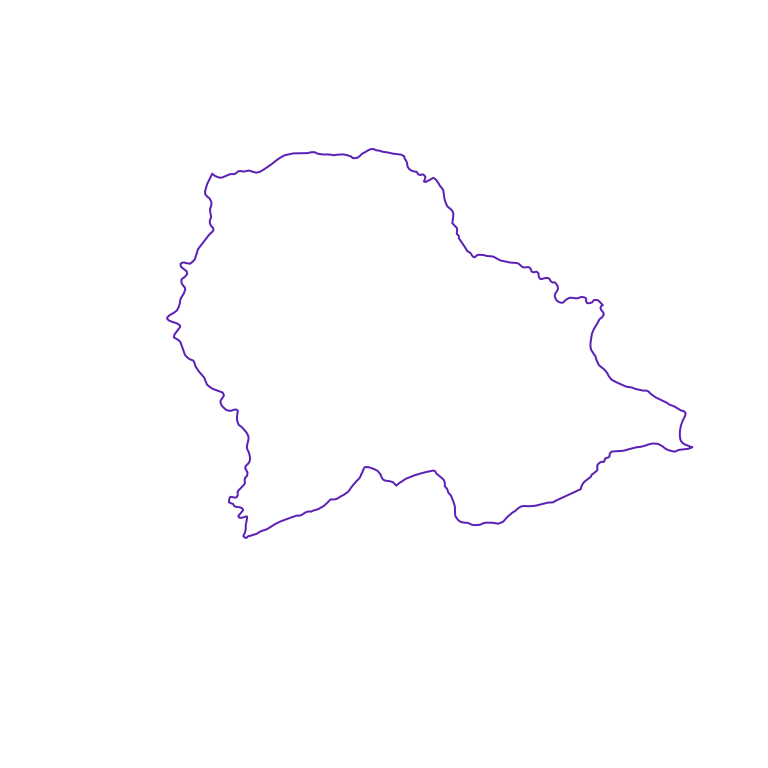 the district of Tununguá, Boyacá, Colombia, rotated 43°
{"feature_id": "7082276B59200745530827", "entity_name": "Tununguá", "entity_type": "district", "adm_level": 2, "iso_a3": "COL", "parent_name": "Colombia", "parent_adm1": "Boyacá", "projection": "natural_earth1", "projection_center": [-73.937, 5.716], "detail": "fine", "context": "isolated", "style": "outline", "palette": "violet", "viewbox_px": 768, "rotation_deg": 43, "n_neighbors": 0, "source": "geoboundaries", "source_scale": "gbopen_adm2", "svg_char_len": 6165}
<svg xmlns="http://www.w3.org/2000/svg" viewBox="0 0 768 768"><g transform="rotate(43 384 384)"><path d="M350.3,552.9L350.2,561.7L350.9,563.3L352.3,564.4L353.0,565.3L353.4,567.0L352.9,568.5L349.2,570.7L348.6,571.9L349.1,573.3L351.1,576.1L352.3,576.0L355.5,574.7L357.5,575.3L359.2,575.0L362.5,572.6L364.6,571.7L365.7,571.7L367.0,572.4L367.5,579.9L369.0,580.5L370.4,579.7L371.7,578.1L373.4,575.0L374.1,574.4L374.8,574.9L376.3,576.9L379.0,581.3L382.4,585.1L384.0,588.4L384.4,590.3L385.1,591.2L387.1,591.2L388.4,590.2L388.5,587.9L390.2,585.7L390.7,584.0L391.6,583.1L392.5,581.3L393.5,579.3L393.6,577.7L394.6,575.2L397.5,569.8L399.9,560.7L402.2,554.7L408.7,541.9L410.3,539.3L411.4,538.6L413.0,536.3L414.1,531.6L415.1,529.7L415.8,528.6L417.9,526.9L418.5,524.9L419.9,522.8L421.4,519.9L423.2,514.0L423.5,510.6L423.6,505.7L423.8,504.7L426.1,502.6L427.7,500.4L428.3,498.5L429.1,495.3L430.2,492.6L431.0,488.8L431.2,486.4L430.5,481.6L430.1,473.8L430.3,470.0L429.6,466.8L428.8,465.4L428.6,463.9L427.0,460.0L426.7,458.5L427.1,457.3L429.6,455.3L431.1,454.5L435.3,452.8L438.1,452.0L438.8,451.9L443.3,452.6L446.9,454.2L448.6,454.5L450.8,453.8L454.3,451.3L457.4,449.7L462.2,449.9L462.9,445.6L464.5,438.7L468.5,430.1L472.4,423.5L475.3,419.0L478.9,413.9L480.1,413.1L481.4,413.0L483.2,413.8L490.8,413.3L493.2,413.5L494.7,414.0L496.5,415.4L498.2,417.3L501.8,417.7L505.2,419.6L509.0,419.9L515.0,422.7L519.3,425.2L525.1,431.0L526.4,432.0L530.4,432.9L533.0,432.8L535.1,432.1L538.3,429.9L540.0,428.4L544.1,427.0L545.7,426.2L550.1,421.7L551.5,418.4L552.6,416.6L554.2,414.8L559.0,410.7L562.6,408.5L564.0,405.9L565.0,403.6L564.9,396.8L565.6,390.6L566.5,387.6L566.9,383.0L568.0,379.7L569.6,377.7L573.0,374.9L576.0,371.8L578.2,369.1L584.6,359.2L588.3,355.3L589.1,352.5L599.6,326.7L598.4,324.6L597.7,322.8L597.3,320.7L597.3,318.2L598.5,310.9L597.8,308.9L598.8,302.7L598.6,301.2L595.8,298.5L595.3,297.3L595.3,295.1L595.8,293.3L596.3,292.4L597.8,291.0L597.7,289.9L596.6,287.8L597.0,286.5L598.2,284.6L598.4,283.6L597.8,282.4L597.1,281.8L596.4,280.0L596.6,278.4L597.5,277.1L604.5,269.7L610.1,260.7L611.8,258.1L614.6,254.9L617.6,250.1L618.3,248.4L621.1,244.3L624.2,241.6L625.8,240.7L629.4,239.8L634.2,239.3L637.4,238.3L642.6,235.4L644.6,231.1L650.7,223.9L652.9,219.5L651.1,220.8L645.0,223.1L642.4,223.5L639.9,223.1L637.5,221.7L634.9,219.3L632.6,216.7L629.5,211.9L627.6,207.4L625.8,201.7L624.7,199.9L623.7,199.4L622.2,199.4L620.9,199.8L619.3,200.8L611.4,202.5L606.6,204.5L603.8,204.8L591.9,208.5L585.7,209.3L582.6,209.1L580.5,209.8L578.2,212.0L571.3,216.1L567.5,217.6L563.1,220.7L554.1,223.8L548.6,225.4L546.9,225.6L542.8,224.9L539.9,223.8L536.7,223.3L534.2,223.2L529.7,223.6L527.8,223.5L522.6,221.3L519.2,219.2L517.7,219.2L512.1,217.7L509.5,215.8L507.5,213.8L501.8,205.5L500.0,200.7L498.5,193.3L497.7,190.6L497.5,188.8L498.0,186.1L497.4,183.5L496.5,182.6L495.1,182.1L491.9,181.6L490.3,180.6L489.8,179.2L490.1,177.1L485.3,176.8L483.7,176.8L482.4,177.4L481.1,178.4L480.3,179.6L480.5,182.6L478.7,185.3L477.1,186.3L474.8,185.4L474.4,184.4L473.5,183.7L472.4,183.7L471.3,184.1L469.0,185.7L467.3,188.9L466.2,190.3L463.0,192.5L460.8,194.5L459.6,198.3L459.5,202.0L458.8,203.2L457.8,204.0L455.6,204.9L453.0,205.1L450.2,204.1L448.6,202.9L447.6,201.0L446.9,197.0L446.1,195.5L443.8,193.8L440.8,193.2L439.8,193.1L437.9,194.9L435.3,195.1L433.8,194.3L432.7,194.3L431.3,194.9L430.0,196.0L427.4,200.2L426.1,200.6L423.8,199.9L421.7,197.8L420.5,197.7L419.1,197.8L418.2,198.7L417.6,199.9L416.6,200.6L415.3,201.1L412.9,199.9L411.4,199.6L410.2,199.9L409.1,200.7L407.9,202.3L406.6,203.5L405.3,204.1L400.1,204.2L398.0,205.4L393.5,209.1L384.8,214.3L377.3,216.2L375.7,217.2L372.0,220.2L369.0,221.7L366.3,223.9L364.6,225.5L364.1,227.1L363.9,229.4L362.5,230.1L360.6,230.0L358.7,229.4L356.5,229.4L354.3,230.0L349.3,228.6L339.3,226.3L338.2,225.0L337.0,224.5L335.1,224.6L334.4,224.1L332.1,221.1L331.0,220.2L324.3,219.8L320.5,214.4L318.3,211.9L316.2,210.9L313.1,210.6L310.7,210.9L308.5,210.7L303.7,208.5L301.0,206.6L295.5,202.1L293.6,201.4L290.1,201.0L286.9,200.0L283.2,199.2L280.6,199.3L279.4,199.7L278.6,202.5L276.7,207.8L275.2,208.6L273.3,204.5L271.8,204.0L270.1,204.0L268.8,205.0L268.0,206.4L266.5,207.2L262.8,206.7L261.2,208.0L258.7,209.2L256.2,209.6L253.3,209.1L249.6,206.4L247.9,205.6L245.2,205.0L243.4,203.7L240.2,204.5L233.6,209.3L228.7,212.2L225.0,214.8L221.2,216.7L218.7,218.5L216.2,219.2L214.0,221.5L212.7,225.0L211.9,227.9L210.9,230.5L210.9,232.9L210.4,236.3L209.0,238.4L207.1,240.1L204.7,240.1L200.9,241.8L197.8,243.7L194.1,247.4L191.2,251.0L187.9,253.1L182.5,258.0L178.5,260.8L175.1,261.8L172.4,264.5L170.8,267.1L160.4,277.2L155.2,284.7L153.6,289.8L152.6,294.6L152.1,298.7L149.8,309.3L148.4,313.8L146.5,316.5L143.1,318.4L140.0,319.7L138.1,322.0L136.7,324.2L134.4,325.7L132.4,327.6L132.1,330.2L131.4,332.6L129.4,334.3L128.1,336.0L125.0,343.0L123.5,344.9L121.3,346.1L118.5,347.1L115.1,347.4L115.8,350.2L118.4,358.7L121.7,365.1L123.8,367.1L126.4,367.5L130.0,367.3L132.7,368.2L134.3,369.2L136.0,371.5L137.4,374.5L138.7,376.0L143.9,379.9L145.0,383.1L147.0,385.2L150.2,386.4L152.9,386.5L154.4,387.9L154.6,390.2L154.3,394.0L156.0,412.1L159.5,419.4L160.7,422.3L160.6,425.5L160.1,428.3L157.2,430.3L154.9,431.5L153.7,432.8L153.3,434.8L154.6,436.2L156.1,436.7L162.9,436.2L164.1,437.0L165.1,437.9L165.3,441.5L164.6,444.7L164.9,446.1L166.8,448.0L168.9,448.8L172.9,449.4L174.1,450.4L175.9,454.4L176.6,458.3L177.4,461.0L179.7,464.3L181.2,467.3L182.4,471.3L181.8,475.1L180.3,479.8L180.0,482.5L180.7,484.1L183.0,484.3L186.3,483.2L191.3,480.8L194.7,480.3L196.0,481.3L197.0,490.8L198.5,493.2L203.6,492.1L206.4,492.1L218.7,498.5L221.7,498.7L225.0,498.4L228.3,497.0L230.0,497.3L234.2,499.7L240.1,501.1L247.9,501.9L254.8,505.1L257.5,505.1L262.0,504.4L271.8,500.3L273.3,500.7L274.9,501.8L275.9,507.9L277.8,509.5L280.1,510.6L286.4,510.6L288.9,509.2L290.3,508.0L292.4,504.3L293.6,503.3L295.5,503.4L299.1,508.7L302.1,511.3L305.6,513.0L309.0,512.5L316.3,513.2L319.0,514.1L321.1,515.2L322.9,517.3L326.2,523.2L328.4,524.9L331.7,526.2L334.8,528.1L337.2,530.1L338.7,532.8L339.0,535.5L338.7,537.9L339.6,540.0L344.2,541.7L345.4,542.8L346.4,544.5L346.5,547.6L347.7,549.4L349.6,551.0L350.3,552.9Z" fill="none" stroke="#5b21b6" stroke-width="2"/></g></svg>